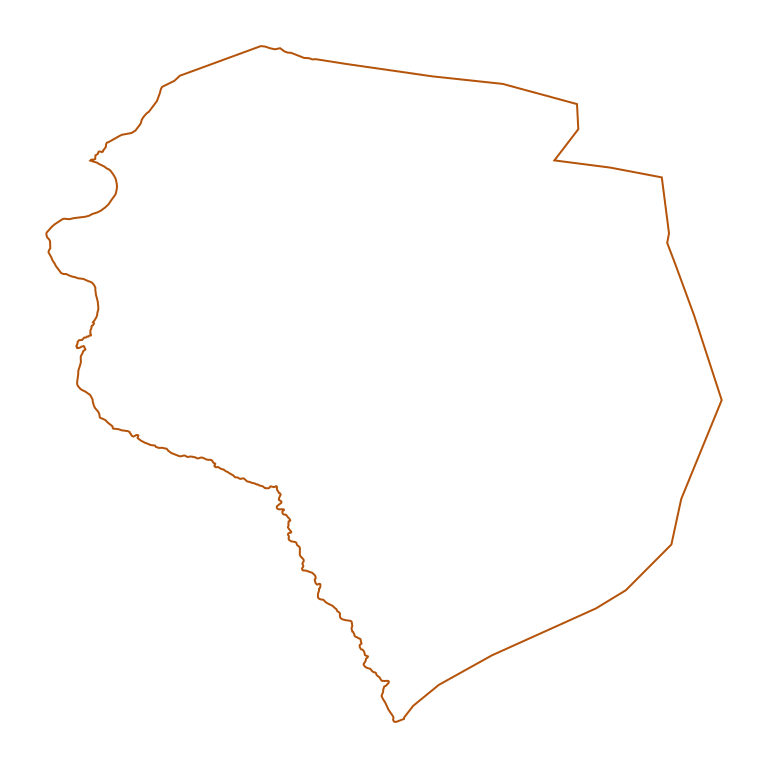 the district of Xovd, Uvs, Mongolia
{"feature_id": "93677404B40816338694453", "entity_name": "Xovd", "entity_type": "district", "adm_level": 2, "iso_a3": "MNG", "parent_name": "Mongolia", "parent_adm1": "Uvs", "projection": "robinson", "projection_center": [90.829, 49.365], "detail": "fine", "context": "isolated", "style": "outline", "palette": "amber", "viewbox_px": 768, "rotation_deg": 0, "n_neighbors": 0, "source": "geoboundaries", "source_scale": "gbopen_adm2", "svg_char_len": 5972}
<svg xmlns="http://www.w3.org/2000/svg" viewBox="0 0 768 768"><path d="M184.9,455.6L187.4,457.0L189.9,456.6L191.9,456.6L194.1,457.2L195.0,457.2L197.2,458.4L198.1,458.4L200.8,457.6L202.4,457.6L206.5,459.5L208.0,459.8L210.7,459.8L211.2,460.1L212.4,460.8L212.8,462.0L213.8,463.0L215.2,463.6L215.1,464.8L214.5,465.3L214.4,465.9L214.6,466.4L215.6,467.1L216.2,467.3L218.1,467.0L221.1,468.9L221.9,469.2L223.3,469.4L226.0,471.3L227.6,472.0L229.2,473.1L233.5,475.6L234.9,477.1L235.4,477.3L237.7,477.5L239.4,478.6L240.4,478.9L243.1,478.3L244.3,478.8L247.1,481.4L249.5,481.9L252.1,482.9L255.2,483.6L256.5,484.4L257.4,484.4L258.3,484.7L259.0,485.3L262.7,486.3L264.8,488.0L265.4,487.9L266.1,488.3L268.7,488.2L269.3,487.9L270.3,486.5L270.8,486.4L274.0,487.1L275.0,486.8L275.8,486.2L276.7,486.4L276.9,486.9L276.9,489.0L277.1,489.9L278.5,491.9L278.7,492.7L279.1,493.1L279.9,493.3L280.7,494.6L279.2,497.7L278.9,499.6L279.1,500.1L281.2,501.3L281.4,501.7L281.3,502.8L277.2,506.0L276.8,506.8L276.8,507.7L277.3,508.5L278.1,509.1L279.5,509.4L282.4,509.2L283.7,509.4L284.0,509.7L284.0,510.0L282.5,511.3L282.3,511.8L282.5,513.1L283.3,514.3L286.1,514.9L288.3,517.7L289.2,518.4L290.1,520.0L290.2,520.6L289.6,521.1L288.9,521.2L288.6,521.5L288.6,522.8L288.3,523.3L288.6,525.5L287.9,527.0L288.0,527.5L290.1,530.5L291.0,531.4L291.2,531.9L291.1,532.5L288.9,533.1L288.2,533.6L288.0,534.1L288.1,535.0L288.8,536.0L288.9,536.7L288.6,538.9L289.2,540.0L291.4,541.4L294.8,541.9L295.6,542.2L296.2,542.7L297.2,545.2L299.3,546.7L299.9,548.3L299.8,554.4L300.1,555.5L300.6,556.4L303.3,559.2L303.7,560.1L303.6,561.6L302.8,562.6L302.4,563.8L303.2,565.4L303.3,566.1L303.1,566.9L302.4,567.7L302.0,568.9L302.7,570.3L306.2,570.7L312.2,572.8L314.7,575.1L315.5,576.6L315.7,578.1L315.4,578.8L314.9,579.2L314.7,579.7L315.5,582.8L316.0,583.6L316.9,584.5L317.6,584.5L319.0,583.8L320.0,584.0L320.3,584.3L320.4,585.3L320.2,587.3L319.7,588.2L319.0,588.8L319.1,590.4L318.3,592.7L317.9,595.0L318.0,597.3L318.4,598.0L319.2,598.8L320.3,599.3L323.4,599.8L325.1,601.6L326.6,602.8L328.0,603.6L332.7,605.9L334.6,607.8L336.4,609.2L336.7,609.7L336.9,610.5L337.3,611.1L339.5,612.7L339.9,613.4L339.9,616.1L340.3,617.6L340.9,618.4L342.7,619.4L345.8,620.2L350.7,620.9L351.3,621.4L351.7,622.0L352.3,625.9L351.5,628.4L352.3,631.6L353.1,631.8L354.4,634.7L354.5,635.7L354.9,636.3L356.5,637.2L357.1,637.3L358.7,638.4L359.4,638.4L360.5,639.2L360.7,639.8L360.9,641.7L361.5,643.2L361.4,643.8L360.0,644.7L359.6,645.4L359.8,647.1L360.7,648.8L361.2,649.4L362.3,649.6L362.9,650.0L363.6,650.9L364.2,652.0L364.7,653.6L364.8,654.8L365.1,655.2L367.9,656.4L367.8,657.1L366.0,658.8L365.7,660.7L363.6,664.1L363.8,665.1L365.1,666.7L366.1,667.4L367.3,668.0L369.9,668.7L370.7,669.2L371.9,670.9L372.7,671.6L373.7,672.2L375.0,672.4L375.9,673.0L376.6,675.0L377.5,675.9L379.4,677.2L381.3,680.3L382.0,680.8L384.4,681.0L387.0,680.8L388.5,681.1L388.8,681.6L388.8,682.4L388.4,683.1L385.9,685.8L384.4,686.4L384.1,687.0L383.2,689.7L383.1,691.9L381.6,695.7L381.6,696.2L383.2,699.5L385.0,702.1L388.4,709.5L390.5,712.7L391.9,714.6L393.3,716.9L393.5,717.9L393.1,719.5L393.3,720.3L393.8,721.3L394.8,721.9L396.2,721.9L404.0,718.9L404.2,717.4L413.2,705.8L438.8,684.9L492.0,655.3L596.0,608.4L625.9,590.2L671.4,544.5L681.2,499.1L721.7,400.1L694.2,315.7L675.3,264.2L667.2,242.9L669.0,233.3L661.8,177.4L610.3,167.6L554.4,160.4L578.3,129.2L577.0,104.1L502.7,83.9L432.6,76.4L346.3,64.0L315.9,59.2L312.4,59.4L309.0,58.2L304.0,57.9L291.0,52.8L287.6,52.6L284.4,51.4L280.1,48.2L275.0,49.3L269.9,48.2L265.3,46.6L260.8,46.1L179.9,75.7L174.3,80.9L162.0,86.9L160.8,89.3L159.9,93.0L156.9,101.1L149.0,111.6L146.5,113.5L143.5,116.9L141.6,120.1L140.9,123.1L139.6,125.1L135.4,130.6L131.5,133.0L121.9,134.8L119.6,135.9L108.4,142.2L106.9,142.6L106.2,143.9L105.9,145.4L105.9,146.8L103.8,149.8L103.3,150.1L102.9,151.6L101.8,152.1L101.1,151.7L99.5,151.5L98.8,151.7L98.3,152.2L98.0,153.4L97.6,154.1L95.5,155.3L95.3,157.0L95.2,159.0L93.0,159.8L91.9,159.5L91.0,159.9L90.3,160.6L97.4,162.8L98.5,163.7L104.6,166.7L106.1,168.0L107.6,168.9L109.3,169.6L111.0,171.3L113.6,175.0L115.6,178.5L116.7,183.5L117.0,186.4L116.8,189.0L115.7,193.9L114.5,195.9L112.2,198.9L108.4,204.5L105.1,207.5L101.1,210.5L97.4,212.4L92.3,214.0L89.4,215.6L85.6,216.7L74.2,218.1L69.1,219.2L64.1,218.7L62.6,219.1L54.8,224.2L51.5,227.1L46.8,232.4L46.3,233.8L46.5,235.2L47.2,237.4L48.0,238.2L49.3,239.7L50.0,241.1L50.3,248.1L48.7,250.9L48.6,252.6L51.0,256.7L52.6,260.5L54.7,263.6L55.8,265.9L61.2,273.1L63.5,274.0L66.5,274.1L68.5,275.2L70.8,276.1L72.9,276.8L74.9,277.1L78.1,278.3L83.3,278.9L88.2,281.1L90.4,281.8L92.3,282.9L94.2,285.2L95.4,287.9L95.3,290.2L95.7,292.3L95.9,294.5L97.2,299.4L97.8,302.1L98.3,307.4L98.3,309.4L97.4,312.7L97.1,315.2L96.5,317.0L94.7,320.1L92.9,322.3L93.9,323.0L93.9,323.7L92.7,325.5L91.9,325.7L91.4,326.5L91.6,327.7L90.5,330.1L90.3,333.5L90.9,334.3L90.9,335.4L89.8,335.5L89.0,335.9L88.3,336.6L87.0,336.5L86.6,337.1L86.0,337.5L84.3,337.5L82.0,340.0L79.1,340.2L77.8,341.6L77.4,343.3L77.3,344.4L76.5,345.5L76.4,346.1L76.8,346.3L76.9,346.8L76.9,347.8L77.3,348.1L79.3,347.9L81.9,346.5L83.6,346.1L84.3,346.7L84.5,347.7L85.4,349.2L85.1,349.7L83.1,351.3L82.7,352.9L81.1,355.7L80.7,356.9L80.9,361.5L80.6,363.5L78.3,370.8L78.2,374.6L77.2,381.5L77.1,383.2L77.3,384.6L78.0,386.1L80.5,389.0L82.2,390.1L85.2,391.5L90.2,395.0L91.1,396.6L92.6,399.6L92.7,401.4L93.9,405.7L95.1,408.1L98.4,412.0L99.3,414.1L99.8,417.4L100.3,417.8L104.5,419.6L105.7,420.4L108.0,422.8L112.4,426.2L112.8,428.0L113.1,428.5L113.7,428.8L114.6,428.7L118.9,429.3L121.6,430.3L127.7,431.1L129.6,432.0L129.8,432.9L130.6,433.6L130.9,434.4L131.8,435.7L132.6,436.3L133.4,436.5L134.5,436.1L135.9,435.2L136.6,435.0L137.4,435.0L138.0,435.2L138.3,435.5L138.3,436.0L137.6,437.5L137.6,437.9L138.0,438.4L140.6,440.4L145.4,443.0L147.2,443.5L150.5,445.0L155.1,445.6L155.9,446.9L158.8,447.9L162.5,447.8L164.5,448.4L165.9,448.5L166.8,448.9L168.3,450.8L171.3,453.0L179.1,456.1L180.2,456.3L181.4,456.2L184.0,455.5L184.9,455.6Z" fill="none" stroke="#b45309" stroke-width="2"/></svg>